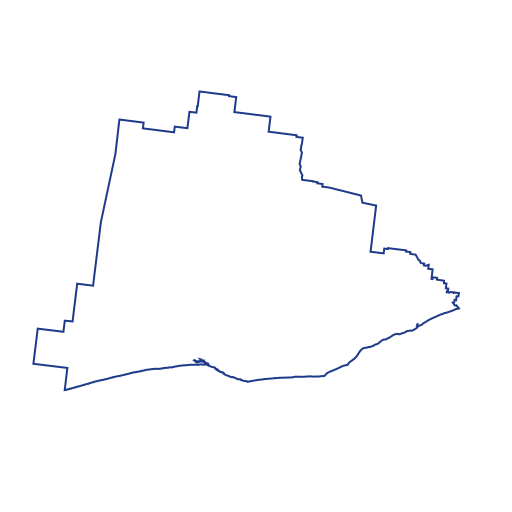 Northampton, Western Australia, Australia, rotated 277°
{"feature_id": "25037944B43886071852017", "entity_name": "Northampton", "entity_type": "district", "adm_level": 2, "iso_a3": "AUS", "parent_name": "Australia", "parent_adm1": "Western Australia", "projection": "equal_earth", "projection_center": [114.191, -27.828], "detail": "fine", "context": "isolated", "style": "outline", "palette": "blue", "viewbox_px": 512, "rotation_deg": 277, "n_neighbors": 0, "source": "geoboundaries", "source_scale": "gbopen_adm2", "svg_char_len": 5976}
<svg xmlns="http://www.w3.org/2000/svg" viewBox="0 0 512 512"><g transform="rotate(277 256 256)"><path d="M380.9,253.4L396.0,253.4L396.1,252.9L396.2,217.0L411.3,217.0L411.4,209.8L412.3,209.8L412.4,179.9L397.6,179.9L397.6,179.4L391.0,179.4L391.0,172.4L374.5,172.3L374.5,159.6L368.8,159.6L368.9,128.2L374.7,128.2L374.8,103.8L340.0,104.0L270.6,97.9L206.7,97.9L206.7,81.9L168.7,81.9L168.5,74.1L157.3,74.1L157.3,48.2L121.9,48.2L121.9,82.4L99.6,82.5L99.9,83.3L100.0,84.0L100.3,84.2L100.6,84.9L100.7,85.7L101.0,86.1L101.0,86.7L101.6,87.5L101.8,88.6L102.0,88.6L102.1,89.2L103.3,91.7L103.4,92.3L103.6,92.4L103.8,92.9L103.9,93.5L104.4,94.2L104.5,94.8L104.8,95.3L105.1,96.4L105.5,97.1L106.0,98.5L106.8,100.1L107.0,100.9L107.3,101.2L107.4,101.8L107.7,102.1L108.2,103.4L108.7,104.7L108.6,104.9L108.9,105.2L109.1,105.9L109.6,106.4L110.1,108.0L110.9,109.4L110.8,109.9L111.0,110.2L111.5,110.9L112.6,114.0L113.0,114.6L113.2,115.9L113.7,116.5L113.8,117.4L114.2,118.2L114.3,119.1L115.0,120.5L115.2,121.7L115.4,121.8L115.7,122.4L116.2,124.0L116.7,125.0L116.8,125.4L117.0,125.7L117.1,126.2L117.3,126.3L117.6,127.1L117.7,127.9L118.1,128.5L118.3,129.3L118.5,129.3L119.3,132.1L119.6,132.7L119.8,132.9L120.4,135.6L121.0,136.6L121.2,137.7L121.8,138.9L122.3,140.3L122.4,140.6L122.3,140.9L122.7,141.2L123.4,143.4L124.3,145.5L124.8,147.0L125.0,147.1L125.8,149.5L125.8,150.0L126.2,150.9L126.1,151.2L126.3,151.7L126.6,152.1L126.6,152.6L127.1,153.6L127.1,153.8L127.2,154.2L127.2,154.9L127.8,155.7L127.7,155.9L128.3,157.2L128.5,158.2L129.2,159.7L129.2,160.1L129.6,160.8L131.7,169.3L131.9,170.8L131.9,171.9L132.1,172.3L132.1,173.6L132.5,174.4L132.6,175.4L132.8,175.8L133.1,177.2L133.3,177.4L133.2,177.6L133.4,177.9L133.9,179.5L134.3,181.6L134.2,182.0L134.4,182.7L134.7,183.0L134.8,183.3L135.1,184.7L135.1,185.8L135.3,186.2L135.5,186.4L135.5,187.1L136.3,188.8L136.9,191.0L137.4,192.4L138.0,194.8L138.4,196.2L139.1,200.2L139.4,201.2L139.5,202.1L140.2,204.8L140.3,206.8L140.7,208.7L140.6,209.3L140.9,210.6L140.9,211.8L141.7,214.3L141.8,215.0L141.6,216.3L141.9,218.1L142.2,219.6L142.7,220.5L142.7,221.2L143.1,221.2L143.0,220.1L142.8,219.8L142.7,219.4L142.8,218.7L143.2,218.4L143.8,218.3L144.6,216.6L144.7,215.6L144.6,214.2L144.3,212.9L143.9,212.4L143.4,211.3L143.2,209.9L143.4,209.5L143.7,209.1L144.9,207.2L145.2,207.6L144.7,208.3L144.2,211.8L145.5,213.6L146.3,213.7L146.7,213.3L146.5,214.6L146.1,214.7L145.7,216.0L145.9,216.9L145.3,217.0L145.2,217.4L144.8,217.7L144.4,218.5L144.1,218.7L143.6,219.3L143.6,221.1L143.3,221.6L142.5,222.1L142.5,221.5L142.4,221.4L142.2,221.8L141.7,221.5L141.2,222.7L141.2,223.5L140.7,224.7L140.3,228.7L139.8,229.3L139.0,229.4L139.0,230.7L138.7,231.7L138.2,232.1L137.9,231.9L137.8,232.2L137.7,232.0L137.3,232.9L137.3,233.5L136.9,234.5L136.7,234.4L136.5,235.0L136.4,236.3L136.5,236.6L136.1,236.8L136.1,237.4L136.2,237.6L135.9,237.8L135.8,238.3L135.7,238.5L135.4,238.4L135.4,238.6L135.1,238.9L134.7,239.1L133.9,241.7L133.7,243.2L133.4,243.6L133.4,244.1L133.1,244.7L132.8,246.2L132.8,247.0L132.9,247.3L132.9,247.7L133.2,248.1L132.6,249.0L132.6,249.4L132.1,250.9L132.1,251.4L131.6,252.6L131.5,253.6L131.6,253.8L131.5,254.1L131.6,254.6L131.7,255.8L131.2,256.2L131.3,256.3L131.3,256.9L130.8,257.7L130.6,259.0L130.5,260.7L130.7,261.9L130.1,262.6L130.3,263.2L130.3,263.8L130.7,264.5L130.7,265.1L131.0,265.6L131.0,265.9L131.4,266.7L131.7,267.9L133.2,273.0L133.5,273.4L133.5,274.2L134.6,278.7L134.8,279.0L135.0,280.5L135.8,283.5L135.8,283.8L136.3,286.4L136.7,288.0L136.7,288.3L136.9,289.2L137.4,290.0L137.4,290.3L137.1,290.6L137.8,293.1L139.8,306.0L140.2,307.6L140.9,309.3L140.9,309.6L141.1,310.2L141.0,310.9L141.3,311.6L141.3,313.9L141.7,315.2L141.6,316.1L141.8,316.9L141.9,318.0L142.2,319.1L142.4,320.3L142.4,320.8L142.8,322.0L142.7,322.4L143.3,324.8L143.1,326.0L144.1,333.4L144.8,335.8L145.2,338.2L145.6,338.9L147.2,339.8L148.4,340.9L149.8,342.8L154.2,350.6L156.9,354.7L158.1,357.1L158.9,359.6L159.3,360.4L160.0,360.5L162.1,361.9L162.7,362.5L163.6,363.7L164.9,364.8L165.6,365.9L166.0,366.0L167.7,367.5L170.4,369.0L173.0,370.2L173.6,370.6L173.9,370.6L175.7,371.9L177.0,373.0L177.3,373.4L178.3,375.8L178.4,376.7L178.7,377.5L179.4,378.6L179.4,379.6L179.8,380.7L181.4,383.8L181.9,384.1L182.8,385.5L183.4,387.0L184.5,388.5L184.9,388.6L186.1,389.8L186.5,390.4L187.1,390.8L188.5,392.6L188.7,393.0L188.8,394.5L189.3,395.5L190.2,396.5L190.8,397.9L191.7,398.8L194.1,401.7L195.2,403.5L196.0,405.5L195.8,406.9L195.8,408.2L196.1,408.4L196.9,410.2L197.2,410.5L197.5,411.4L198.5,413.5L199.3,414.2L200.1,415.5L200.3,416.7L200.8,418.2L200.7,419.2L201.2,420.5L203.3,423.3L204.5,424.6L205.2,425.1L205.7,425.2L205.8,424.6L206.4,424.1L206.6,424.2L206.3,424.4L206.5,424.5L207.8,424.4L208.2,424.5L208.2,424.4L208.3,424.2L208.3,424.5L208.5,424.6L206.0,424.6L205.9,425.1L207.0,427.0L207.6,428.3L208.3,429.2L209.5,430.2L211.7,433.1L212.3,433.7L213.6,435.4L215.4,438.1L218.3,443.0L218.8,443.6L219.7,445.3L220.4,446.3L221.4,448.8L222.4,449.9L222.8,451.7L225.4,457.1L227.1,460.1L227.9,460.9L228.1,461.6L228.0,462.3L228.7,463.8L231.5,460.9L231.1,459.4L233.7,457.0L234.2,458.4L236.7,458.4L236.7,459.2L236.5,460.0L240.4,460.0L240.7,461.8L244.0,461.9L243.9,458.1L243.5,456.9L244.1,456.9L243.9,454.7L244.0,453.8L244.0,453.5L243.1,452.2L243.3,451.4L243.2,449.8L244.4,449.9L244.4,450.8L247.1,450.8L247.1,448.3L251.9,448.4L251.9,445.9L254.4,445.6L254.6,438.4L256.4,438.4L256.4,434.0L254.6,434.0L254.6,433.0L264.3,432.9L264.3,428.5L268.3,428.5L268.1,427.9L267.0,425.9L267.1,423.8L269.0,423.8L269.0,420.9L269.1,420.6L270.0,419.7L271.0,419.6L272.3,417.3L274.0,416.4L276.8,414.2L276.9,408.8L278.7,408.8L278.7,404.4L279.9,404.4L279.9,386.1L279.0,386.1L279.0,382.4L274.2,382.4L274.2,369.2L320.7,369.1L321.9,355.1L328.8,352.9L332.9,319.8L332.9,313.3L335.6,313.3L335.6,308.0L336.8,308.0L336.9,303.4L337.2,303.4L337.2,292.6L339.9,291.9L341.5,292.3L346.6,289.1L350.5,289.5L352.4,288.1L364.2,289.0L366.7,287.4L371.9,287.6L372.5,287.9L379.1,288.0L379.1,281.6L380.8,281.6L380.9,253.4Z" fill="none" stroke="#1e3a8a" stroke-width="2"/></g></svg>